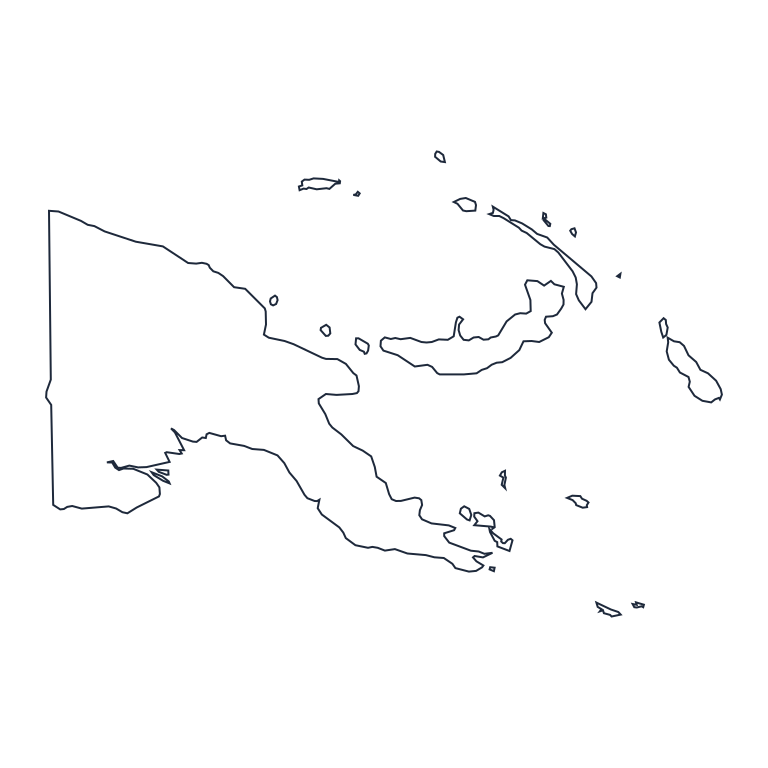 SVG path tracing the border of Papua New Guinea
{"feature_id": "PNG", "entity_name": "Papua New Guinea", "entity_type": "country or territory", "adm_level": 0, "iso_a3": "PNG", "parent_name": "Oceania", "parent_adm1": "", "projection": "orthographic", "projection_center": [148.76, -6.492], "detail": "fine", "context": "isolated", "style": "outline", "palette": "slate", "viewbox_px": 768, "rotation_deg": 0, "n_neighbors": 0, "source": "natural_earth", "source_scale": "50m", "svg_char_len": 6136}
<svg xmlns="http://www.w3.org/2000/svg" viewBox="0 0 768 768"><path d="M53.2,504.9L51.2,404.9L46.1,397.5L46.5,391.6L50.8,379.6L49.0,210.8L58.5,211.5L81.0,220.9L87.7,224.8L94.4,226.1L104.6,231.4L135.8,241.7L162.9,246.4L188.1,263.0L196.2,263.6L201.9,262.8L206.6,263.8L208.7,265.1L209.8,267.7L213.3,271.3L218.3,272.9L223.1,276.1L234.1,287.2L245.2,288.8L264.8,308.4L265.7,311.5L266.0,324.5L263.9,334.6L268.8,337.7L284.6,341.0L293.6,344.2L322.0,357.7L325.9,358.9L337.4,359.1L345.9,363.9L353.3,373.1L356.5,375.5L358.9,386.2L358.5,391.2L356.9,393.1L352.4,394.0L336.5,394.9L325.9,394.0L318.5,399.1L318.8,403.4L325.3,414.1L329.2,423.7L332.3,427.5L341.3,434.4L353.2,446.1L362.7,450.6L371.2,456.4L374.8,467.0L376.6,476.7L385.8,483.0L389.1,494.1L391.7,499.2L396.0,501.0L401.0,500.9L414.6,497.6L419.1,498.3L421.3,500.1L422.1,505.0L419.9,510.2L419.3,515.2L422.0,519.3L431.5,523.4L448.8,525.4L455.3,528.0L454.1,530.2L444.2,533.3L444.2,536.1L449.2,542.6L470.9,550.7L478.7,551.5L484.4,553.8L492.5,552.8L483.0,557.4L474.6,556.0L473.0,557.4L476.4,561.3L483.4,565.5L482.1,567.3L476.1,570.9L468.9,571.6L455.4,568.1L452.4,563.8L443.8,558.0L434.4,557.3L425.9,555.1L407.4,553.5L394.9,549.1L384.9,550.6L377.7,547.8L372.4,546.9L368.0,547.8L355.4,545.2L345.8,538.1L343.3,532.6L339.3,527.4L321.8,514.5L317.7,508.2L319.4,499.7L317.1,501.1L314.6,501.0L307.4,498.2L304.5,494.8L296.6,481.0L289.4,472.5L284.3,463.1L277.5,455.4L263.9,449.9L252.2,449.0L244.1,445.9L230.1,443.4L226.1,440.3L225.1,435.7L221.1,436.2L209.3,432.9L206.6,434.3L205.8,438.0L202.2,437.5L196.6,441.9L192.9,441.6L182.0,438.0L174.1,430.1L171.0,428.4L174.9,432.4L184.1,450.2L179.6,450.1L181.7,453.5L179.3,454.0L166.7,452.2L165.2,452.9L169.6,461.9L146.5,467.1L138.1,467.4L129.3,465.6L121.1,467.9L117.7,467.7L113.2,461.0L106.9,462.4L112.2,462.5L115.2,467.6L119.0,470.1L123.5,468.5L133.3,468.8L147.4,474.5L156.2,482.8L159.4,487.4L159.9,494.0L159.0,496.4L136.7,507.5L127.4,513.3L122.4,512.2L116.1,508.5L108.7,506.4L81.8,508.6L72.2,506.0L67.2,506.9L63.9,509.0L60.2,509.4L53.2,504.9ZM537.4,281.1L544.1,285.6L550.9,280.9L554.4,284.3L563.8,286.8L561.9,293.6L563.6,299.9L563.5,304.5L561.2,308.6L557.0,314.5L552.9,316.2L546.0,316.7L544.7,319.9L545.1,323.2L551.8,332.7L548.8,337.2L539.2,342.0L531.6,341.0L523.5,341.3L519.3,350.1L510.6,357.9L502.2,362.2L496.7,362.7L491.7,364.7L487.0,368.2L481.7,369.9L476.6,373.3L463.9,374.4L439.7,374.4L437.2,373.1L432.1,366.9L427.5,364.8L414.8,366.5L397.7,355.2L383.4,350.6L380.5,346.3L380.9,340.7L384.8,337.4L390.8,339.0L395.3,338.0L400.6,339.2L410.3,337.9L421.4,342.0L426.5,342.5L431.8,342.0L438.8,339.4L447.8,339.8L453.7,336.3L455.9,322.4L457.4,317.7L459.5,316.7L463.1,319.3L459.1,324.5L458.6,330.1L460.2,335.5L463.6,339.8L468.8,340.4L473.6,337.5L478.7,337.0L483.5,339.7L488.4,339.3L490.7,337.5L495.9,336.5L498.2,335.4L506.6,321.4L515.1,314.5L520.2,313.2L526.2,313.6L530.7,311.1L530.4,300.0L525.0,284.7L527.3,280.3L537.4,281.1ZM721.9,394.6L719.9,399.5L718.9,397.9L715.0,399.4L711.2,402.4L702.4,400.8L694.5,395.8L688.6,386.9L689.8,381.7L688.5,377.0L679.9,372.5L676.9,367.7L673.8,365.7L668.9,359.7L666.7,351.4L668.2,342.3L667.7,337.7L674.0,341.3L679.7,342.2L684.0,345.9L688.5,355.3L696.2,362.0L700.4,369.8L708.0,373.3L716.1,380.7L720.7,389.1L721.9,394.6ZM591.5,301.8L585.5,309.2L578.8,300.3L576.1,294.1L576.9,284.3L575.7,277.5L572.6,271.3L558.3,252.5L554.4,249.1L544.5,246.6L540.3,244.2L526.7,233.0L521.6,230.6L518.9,227.7L503.7,218.2L499.3,216.0L493.8,216.0L489.2,214.1L492.9,212.9L493.6,209.8L492.8,206.6L508.6,216.4L510.9,220.1L514.9,220.4L522.1,223.4L531.8,229.4L537.1,233.9L547.2,237.5L553.8,244.7L591.4,276.4L596.1,283.1L596.5,287.6L592.5,293.2L591.5,301.8ZM323.1,178.9L338.1,181.8L339.1,181.8L339.2,180.4L340.1,181.2L339.8,183.3L335.3,183.7L329.4,188.9L326.5,188.2L316.7,189.3L308.7,187.5L306.5,189.0L303.6,188.6L299.6,190.2L298.9,186.5L302.3,185.4L301.8,181.6L304.5,179.6L309.2,179.8L313.6,178.4L323.1,178.9ZM478.4,512.6L484.7,516.4L488.2,515.3L490.0,515.9L494.0,520.2L494.7,527.2L492.4,528.8L492.6,527.0L490.9,526.6L474.3,525.2L477.5,521.2L474.2,516.6L474.4,513.2L478.4,512.6ZM475.3,210.6L466.3,211.2L463.0,210.5L457.5,203.8L453.8,202.0L460.2,198.9L465.8,198.0L475.0,201.9L476.0,205.1L475.3,210.6ZM502.9,543.1L504.8,543.2L507.9,539.8L510.7,538.8L512.5,540.3L509.5,551.0L497.4,546.4L497.2,542.1L494.7,540.8L490.0,532.0L489.4,529.0L493.2,533.3L501.6,539.5L501.2,541.5L502.9,543.1ZM572.3,495.7L580.3,496.1L582.0,498.7L586.6,500.8L588.5,502.5L586.8,505.2L587.1,507.1L582.7,507.7L576.2,505.1L575.7,503.2L572.6,500.1L567.1,497.9L572.3,495.7ZM610.9,609.5L618.3,612.0L620.7,614.6L611.6,616.5L610.1,614.9L603.9,613.2L603.0,610.3L599.9,611.3L601.5,609.2L597.7,606.9L596.4,602.6L610.9,609.5ZM366.5,353.4L364.7,353.8L363.9,351.7L359.7,349.9L355.5,344.4L356.1,338.3L358.5,338.3L367.8,343.7L368.8,345.5L368.1,350.6L366.5,353.4ZM471.3,514.9L469.6,520.4L467.0,519.5L459.8,513.3L460.9,508.7L464.2,506.3L469.2,508.9L471.3,514.9ZM666.4,334.9L663.2,337.5L661.3,331.8L659.4,322.5L663.6,318.2L665.8,320.0L666.1,324.0L667.7,327.5L666.4,334.9ZM328.3,335.7L325.8,335.9L320.6,330.1L321.0,327.8L326.2,324.8L329.6,327.5L330.3,333.4L328.3,335.7ZM443.2,155.0L444.9,162.1L440.7,161.5L435.1,156.8L435.2,153.9L436.7,151.5L439.0,151.9L443.2,155.0ZM276.1,304.0L273.1,305.4L270.9,304.3L270.0,301.4L270.7,298.5L275.0,295.6L276.9,297.1L277.6,300.1L276.1,304.0ZM504.4,485.0L505.2,488.3L501.7,484.8L503.4,477.6L499.9,475.6L501.8,472.3L505.0,470.8L504.9,475.5L505.9,477.6L504.4,485.0ZM168.8,481.5L169.6,483.4L163.1,480.8L153.7,475.1L151.6,472.2L162.2,476.4L168.8,481.5ZM168.5,474.6L166.6,474.8L158.7,471.8L156.7,469.6L168.3,470.5L168.5,474.6ZM643.9,604.7L643.2,607.2L641.6,606.3L636.8,607.5L634.3,607.2L632.6,604.0L636.7,604.8L636.0,602.4L643.9,604.7ZM576.0,232.4L574.9,236.4L572.1,234.0L570.2,230.7L571.4,229.2L574.5,228.3L576.0,232.4ZM550.3,223.8L549.8,226.1L548.4,226.0L543.7,220.3L544.7,219.2L550.3,223.8ZM494.6,567.7L493.9,571.2L489.6,569.4L490.2,567.2L494.6,567.7ZM546.3,217.6L542.8,218.5L543.4,213.0L545.9,214.3L546.3,217.6ZM359.7,193.4L358.2,195.8L353.3,194.9L355.8,194.4L357.8,191.8L359.7,193.4ZM620.4,273.8L619.8,277.5L617.2,276.2L620.4,273.8Z" fill="none" stroke="#1e293b" stroke-width="2"/></svg>